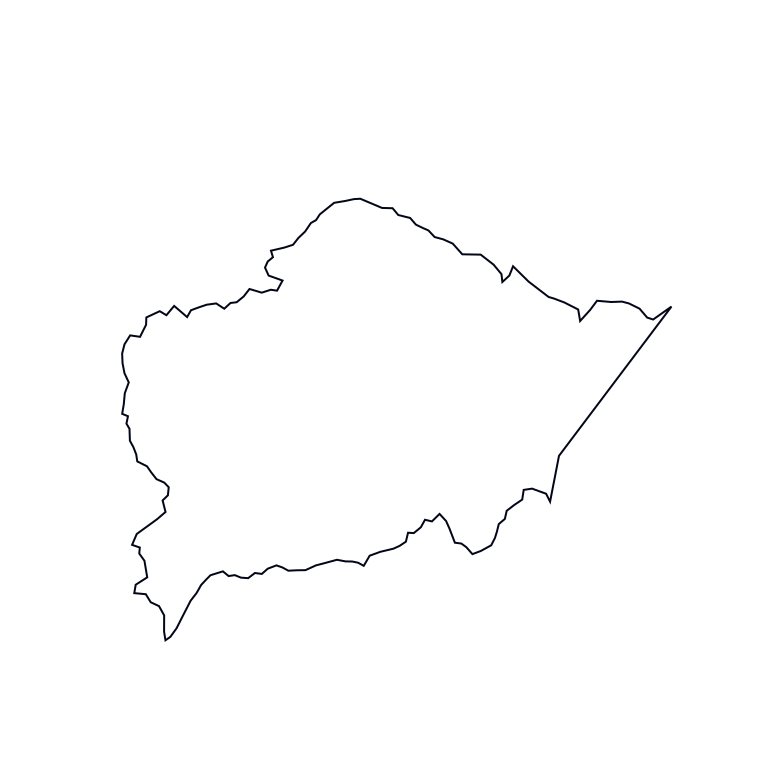 the district of Afogados da Ingazeira, Pernambuco, Brazil, rotated 254°
{"feature_id": "56859067B67400829355924", "entity_name": "Afogados da Ingazeira", "entity_type": "district", "adm_level": 2, "iso_a3": "BRA", "parent_name": "Brazil", "parent_adm1": "Pernambuco", "projection": "albers", "projection_center": [-37.624, -7.752], "detail": "fine", "context": "isolated", "style": "outline", "palette": "ink", "viewbox_px": 768, "rotation_deg": 254, "n_neighbors": 0, "source": "geoboundaries", "source_scale": "gbopen_adm2", "svg_char_len": 2189}
<svg xmlns="http://www.w3.org/2000/svg" viewBox="0 0 768 768"><g transform="rotate(254 384 384)"><path d="M493.7,145.5L485.5,140.7L476.0,138.4L465.9,137.5L455.9,139.1L446.6,132.3L436.3,128.3L427.5,124.1L423.6,129.0L416.9,125.5L411.0,127.0L399.5,124.1L392.4,125.7L384.6,126.4L377.6,125.5L370.2,133.5L363.4,135.8L355.2,139.1L349.8,145.6L344.1,148.6L336.6,145.6L333.1,139.1L321.2,138.7L316.5,128.4L308.0,105.0L298.8,97.5L294.1,104.2L288.5,102.0L280.1,105.0L263.4,103.1L259.5,90.0L251.8,86.3L247.6,97.1L238.5,99.6L232.5,106.5L222.2,108.9L206.4,104.3L197.9,103.3L199.8,108.9L206.4,117.3L215.8,126.0L229.0,138.4L234.8,146.3L241.2,152.8L245.1,159.3L248.0,164.5L248.3,177.5L242.2,181.7L241.4,187.9L237.3,193.1L234.8,199.9L237.9,207.8L235.1,214.2L238.5,221.3L239.3,230.6L235.8,235.6L230.9,240.6L228.9,249.1L226.7,257.2L228.4,268.6L228.2,276.7L228.0,290.3L224.1,298.1L222.1,304.6L219.3,309.9L214.8,314.4L222.9,322.9L223.7,334.3L223.1,347.6L224.1,354.4L226.4,361.6L234.4,366.1L232.5,371.6L236.1,379.9L242.2,386.0L238.7,392.2L243.8,401.6L235.2,405.9L226.8,407.1L211.9,408.4L209.3,414.4L204.4,418.2L196.1,422.1L196.8,431.0L199.4,442.6L205.4,448.2L211.2,452.0L217.7,455.7L221.0,463.0L228.3,467.0L231.8,475.8L234.8,485.0L243.7,489.1L242.6,497.5L233.8,509.6L225.1,511.2L254.5,526.2L266.7,532.4L279.0,548.7L379.2,681.7L371.8,660.5L375.3,655.3L386.0,650.4L393.9,641.7L397.6,635.5L400.2,625.0L405.3,611.7L398.4,602.6L390.5,589.9L402.1,591.2L412.6,579.9L419.2,571.1L422.3,566.2L442.6,551.2L461.6,540.5L453.7,534.4L449.4,525.9L457.2,527.2L468.4,522.3L481.7,512.6L487.1,495.0L500.0,488.8L506.8,480.7L511.3,473.2L519.4,469.0L523.3,464.3L528.4,458.6L536.4,454.9L542.5,444.3L550.6,440.7L553.8,430.6L568.6,412.3L570.0,406.1L570.6,397.4L571.9,386.0L564.8,369.1L560.3,363.9L558.9,358.1L552.3,350.2L548.0,342.0L542.9,334.9L542.6,325.8L543.3,312.1L536.5,312.2L533.8,306.0L528.7,301.7L520.0,303.0L511.4,315.0L503.2,306.9L505.8,301.2L505.5,291.7L512.4,280.9L506.8,273.2L503.2,264.9L504.2,258.8L500.4,251.2L507.7,244.9L509.1,235.4L508.7,226.9L508.1,218.8L502.6,213.2L516.9,203.8L510.1,193.8L515.8,188.5L513.5,173.9L506.5,171.6L496.6,162.5L500.7,153.4L493.7,145.5Z" fill="none" stroke="#020617" stroke-width="2"/></g></svg>